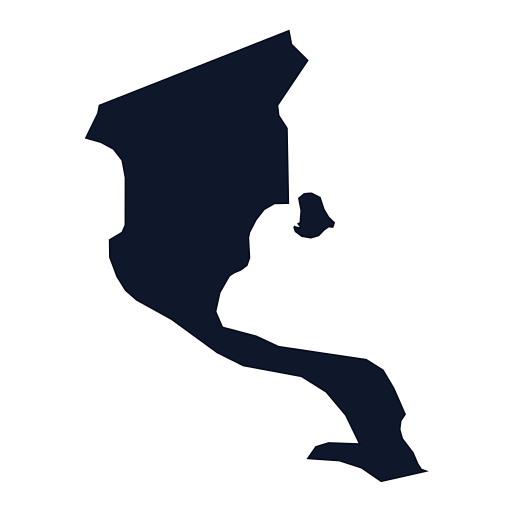 map outline of Central Abaco (orthographic projection), rotated 180°
{"feature_id": "BHS-5015", "entity_name": "Central Abaco", "entity_type": "District", "adm_level": 1, "iso_a3": "BHS", "parent_name": "The Bahamas", "parent_adm1": "", "projection": "orthographic", "projection_center": [-77.217, 26.497], "detail": "fine", "context": "isolated", "style": "filled", "palette": "ink", "viewbox_px": 512, "rotation_deg": 180, "n_neighbors": 0, "source": "natural_earth", "source_scale": "10m", "svg_char_len": 1184}
<svg xmlns="http://www.w3.org/2000/svg" viewBox="0 0 512 512"><g transform="rotate(180 256 256)"><path d="M223.1,481.3L220.5,467.6L204.3,451.6L234.5,406.7L233.3,396.5L225.0,383.7L223.6,308.8L237.6,308.5L247.9,302.6L255.9,292.4L262.5,279.7L263.6,274.4L262.5,254.1L265.1,246.7L271.1,242.2L277.9,239.3L282.6,236.2L292.2,219.5L296.4,200.4L289.6,184.7L255.9,175.8L233.6,165.4L145.7,152.3L129.0,141.8L118.3,123.8L106.9,97.7L111.2,91.2L112.3,82.6L109.7,73.3L99.0,59.2L94.1,47.8L90.7,42.6L85.8,40.9L130.8,30.7L150.5,44.2L172.8,51.4L204.2,53.5L196.1,65.2L183.3,69.1L152.3,68.0L166.2,96.8L185.8,120.1L210.5,135.6L268.6,146.4L294.7,159.4L340.4,192.7L375.3,212.0L386.4,221.7L395.0,235.5L402.2,254.9L402.4,272.1L389.8,279.6L386.7,287.0L386.6,334.4L389.8,351.7L398.6,363.0L411.2,369.8L426.2,374.0L414.1,398.7L412.6,406.6L223.1,481.3ZM210.2,275.8L216.5,280.5L217.9,284.4L217.5,285.5L215.7,284.7L212.2,284.2L211.4,285.8L213.5,287.6L213.8,288.4L211.8,288.9L210.8,301.4L213.2,313.7L207.9,318.1L204.1,318.6L200.4,318.7L192.0,314.4L188.1,302.6L183.4,294.7L177.8,289.3L179.3,284.9L183.4,285.4L188.0,282.1L193.4,276.5L201.1,274.2L210.2,275.8Z" fill="#0f172a" stroke="#020617" stroke-width="1.5"/></g></svg>